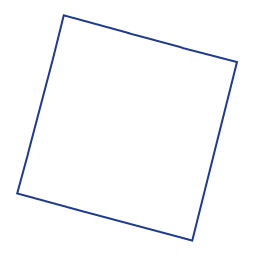 outline of Delaware, Indiana, United States of America, rotated 15°
{"feature_id": "52423323B36304879432203", "entity_name": "Delaware", "entity_type": "district", "adm_level": 2, "iso_a3": "USA", "parent_name": "United States of America", "parent_adm1": "Indiana", "projection": "robinson", "projection_center": [-85.432, 40.228], "detail": "fine", "context": "isolated", "style": "outline", "palette": "blue", "viewbox_px": 256, "rotation_deg": 15, "n_neighbors": 0, "source": "geoboundaries", "source_scale": "gbopen_adm2", "svg_char_len": 341}
<svg xmlns="http://www.w3.org/2000/svg" viewBox="0 0 256 256"><g transform="rotate(15 128 128)"><path d="M36.8,35.8L37.6,80.3L38.0,175.8L38.1,180.3L38.0,199.9L37.9,219.9L104.9,220.2L219.2,220.1L217.6,123.8L216.9,80.1L216.2,36.1L160.3,36.6L158.0,36.3L104.0,36.3L104.0,36.1L36.8,35.8Z" fill="none" stroke="#1e3a8a" stroke-width="2"/></g></svg>